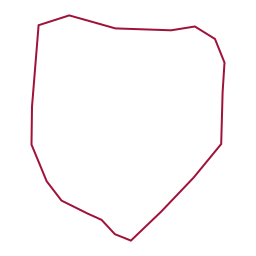 map outline of Shirvan (orthographic projection)
{"feature_id": "AZE-5563", "entity_name": "Shirvan", "entity_type": "Municipality", "adm_level": 1, "iso_a3": "AZE", "parent_name": "Azerbaijan", "parent_adm1": "", "projection": "orthographic", "projection_center": [48.916, 39.944], "detail": "fine", "context": "isolated", "style": "outline", "palette": "rose", "viewbox_px": 256, "rotation_deg": 0, "n_neighbors": 0, "source": "natural_earth", "source_scale": "10m", "svg_char_len": 352}
<svg xmlns="http://www.w3.org/2000/svg" viewBox="0 0 256 256"><path d="M114.9,234.2L101.6,219.9L87.7,213.6L61.5,200.6L46.7,181.3L31.5,144.6L32.0,106.7L38.6,25.2L69.2,15.4L115.4,28.4L171.1,30.3L194.9,26.5L215.0,39.0L224.5,62.6L222.6,92.4L221.2,144.0L193.6,177.6L161.2,211.6L130.9,240.6L114.9,234.2Z" fill="none" stroke="#9f1239" stroke-width="2"/></svg>